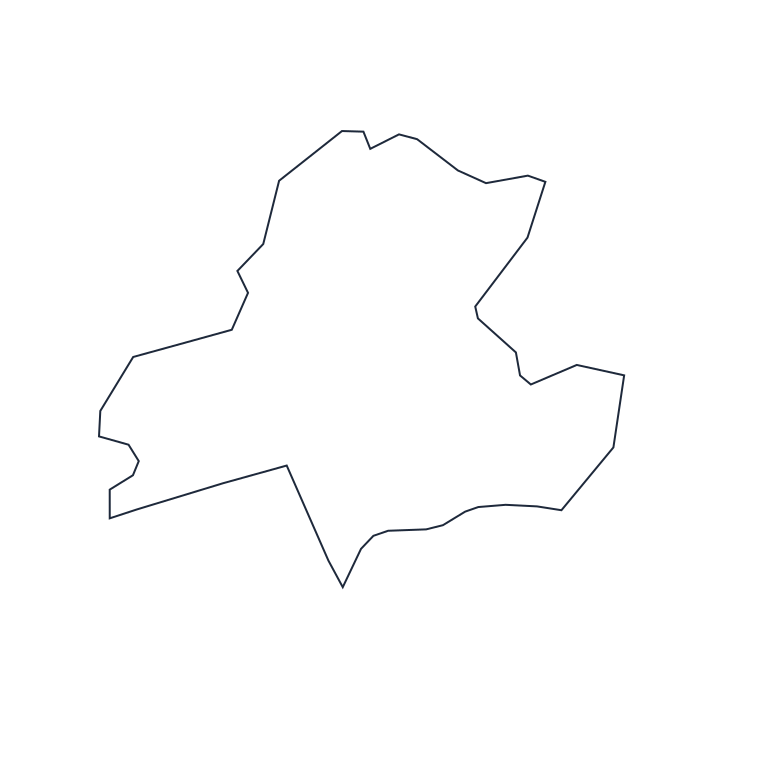 an SVG outline of Neath Port Talbot, rotated 301°
{"feature_id": "GBR-2118", "entity_name": "Neath Port Talbot", "entity_type": "Unitary Authority (wales)", "adm_level": 1, "iso_a3": "GBR", "parent_name": "United Kingdom", "parent_adm1": "", "projection": "equal_earth", "projection_center": [-3.738, 51.663], "detail": "fine", "context": "isolated", "style": "outline", "palette": "slate", "viewbox_px": 768, "rotation_deg": 301, "n_neighbors": 0, "source": "natural_earth", "source_scale": "10m", "svg_char_len": 754}
<svg xmlns="http://www.w3.org/2000/svg" viewBox="0 0 768 768"><g transform="rotate(301 384 384)"><path d="M367.2,601.1L357.9,578.2L343.1,550.5L327.1,528.2L316.4,519.3L293.3,507.2L281.1,495.0L260.3,463.1L248.4,453.1L230.9,449.2L188.6,453.3L204.0,427.3L264.0,342.6L216.1,297.2L149.1,236.7L127.6,218.1L152.2,203.3L176.5,215.8L191.6,213.5L200.4,196.3L192.3,166.7L214.8,154.7L278.0,155.1L303.7,179.6L352.1,225.6L392.1,220.5L405.4,200.1L441.8,208.4L504.2,189.4L579.2,217.7L589.7,236.4L578.5,251.1L605.7,268.3L610.9,286.3L605.1,337.4L608.7,368.0L636.7,400.0L640.4,418.2L635.7,419.3L583.4,431.6L497.4,422.3L488.6,430.7L479.0,480.8L461.4,496.2L459.2,510.1L499.6,539.4L515.1,585.4L447.8,613.3L367.2,601.1Z" fill="none" stroke="#1e293b" stroke-width="2"/></g></svg>